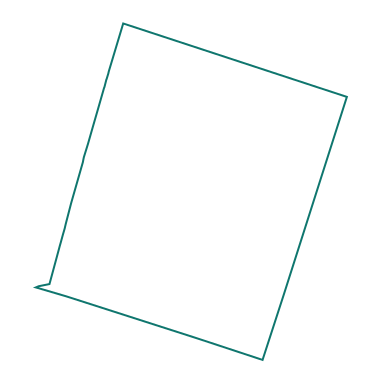 Van Buren, Iowa, United States of America, rotated 108°
{"feature_id": "52423323B67583830123101", "entity_name": "Van Buren", "entity_type": "district", "adm_level": 2, "iso_a3": "USA", "parent_name": "United States of America", "parent_adm1": "Iowa", "projection": "equal_earth", "projection_center": [-91.922, 40.75], "detail": "fine", "context": "isolated", "style": "outline", "palette": "teal", "viewbox_px": 384, "rotation_deg": 108, "n_neighbors": 0, "source": "geoboundaries", "source_scale": "gbopen_adm2", "svg_char_len": 507}
<svg xmlns="http://www.w3.org/2000/svg" viewBox="0 0 384 384"><g transform="rotate(108 192 192)"><path d="M53.7,74.1L53.0,309.5L103.1,308.4L105.2,308.2L111.0,308.1L111.5,308.2L119.2,307.7L120.2,307.8L143.1,307.0L161.7,306.4L178.4,305.8L192.3,305.6L195.1,305.3L197.4,305.0L239.9,303.5L261.5,302.2L266.1,301.8L272.6,301.6L280.9,301.2L283.8,301.1L289.5,300.8L323.6,299.1L329.0,308.7L331.0,311.0L330.1,279.5L329.6,141.8L329.9,73.0L261.2,73.0L53.7,74.1Z" fill="none" stroke="#0f766e" stroke-width="2"/></g></svg>